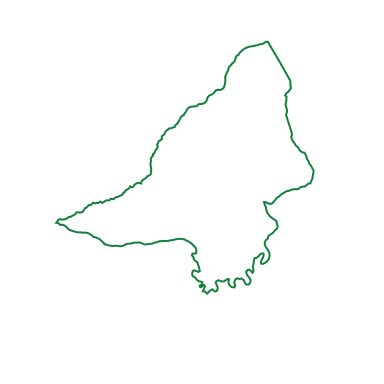 Alto Taquari, Mato Grosso, Brazil, rotated 245°
{"feature_id": "56859067B17966611990253", "entity_name": "Alto Taquari", "entity_type": "district", "adm_level": 2, "iso_a3": "BRA", "parent_name": "Brazil", "parent_adm1": "Mato Grosso", "projection": "robinson", "projection_center": [-53.322, -17.773], "detail": "fine", "context": "isolated", "style": "outline", "palette": "green", "viewbox_px": 384, "rotation_deg": 245, "n_neighbors": 0, "source": "geoboundaries", "source_scale": "gbopen_adm2", "svg_char_len": 5230}
<svg xmlns="http://www.w3.org/2000/svg" viewBox="0 0 384 384"><g transform="rotate(245 192 192)"><path d="M223.4,311.0L224.9,312.2L226.2,312.7L232.2,313.9L234.2,315.7L236.3,316.7L238.3,317.9L240.2,317.2L240.9,318.4L241.8,319.6L242.3,322.2L243.5,324.2L244.2,325.5L248.4,326.8L251.1,328.1L259.6,327.5L261.9,327.3L271.1,326.6L296.2,324.2L296.9,322.2L296.3,319.2L296.7,317.3L297.3,315.4L297.4,313.6L297.8,311.6L298.3,309.9L298.7,307.8L299.3,306.3L299.5,304.7L299.7,303.2L299.8,301.3L299.5,298.6L298.8,296.5L298.2,294.4L297.4,293.2L296.5,291.8L296.7,290.1L295.6,288.7L294.2,287.6L292.5,285.9L291.8,284.1L291.4,282.5L290.5,280.9L289.8,278.7L288.4,277.2L287.3,276.4L286.2,275.1L285.0,273.6L283.5,272.0L282.3,270.6L280.6,270.1L279.0,269.4L276.2,267.7L274.9,266.5L273.4,265.3L272.5,263.4L272.5,260.9L273.7,258.7L274.1,256.6L272.9,254.6L272.4,253.1L272.0,251.1L272.2,248.7L271.4,246.6L270.4,245.4L269.1,244.3L268.2,243.3L267.4,241.0L267.5,238.4L268.2,236.8L268.8,234.9L267.9,232.9L268.2,231.2L268.8,229.6L269.8,226.9L269.8,224.3L268.8,222.2L267.6,221.0L266.7,219.4L266.0,217.8L265.0,216.9L265.3,215.1L264.6,213.6L263.3,212.2L262.2,210.5L261.3,209.3L260.1,207.6L259.5,205.0L258.2,203.8L258.5,201.9L258.7,199.7L259.3,197.7L258.5,196.1L258.4,194.4L257.2,192.6L255.9,191.2L255.4,188.7L254.4,187.6L252.6,187.1L252.3,184.9L251.9,183.1L250.7,181.7L249.1,180.1L247.5,180.2L246.5,179.0L245.9,177.7L244.8,176.1L243.1,174.2L242.9,172.6L241.4,172.1L240.8,170.3L239.4,168.5L237.6,168.1L235.9,166.8L234.5,166.0L232.6,165.4L229.8,164.7L227.9,163.5L226.6,162.8L225.4,161.8L225.0,160.0L225.2,158.2L224.2,156.4L223.9,153.9L223.5,151.9L222.7,150.5L221.2,149.5L222.3,148.0L223.2,146.5L223.3,144.9L222.7,142.6L221.4,140.7L222.0,139.1L223.2,138.3L222.2,137.2L221.8,135.6L221.6,133.8L221.5,132.4L220.4,131.3L220.5,129.6L219.2,128.3L219.0,126.3L219.0,124.4L218.9,122.9L219.3,121.4L219.2,119.4L218.7,118.0L219.3,116.6L220.3,115.5L219.3,113.5L220.2,111.8L220.7,110.2L220.3,108.5L219.9,106.1L222.1,104.8L221.7,102.3L222.4,101.1L222.6,99.4L224.0,97.9L223.6,96.4L222.8,94.6L223.8,93.0L223.3,91.6L222.4,90.1L222.6,88.3L221.4,86.5L220.2,84.5L220.6,81.5L221.9,80.1L222.3,78.6L221.4,77.3L221.0,75.7L221.1,73.7L220.8,71.5L221.4,69.5L220.9,67.6L220.8,66.1L221.5,63.6L222.2,62.3L223.3,60.7L223.0,58.6L222.0,57.2L221.5,55.9L220.1,57.8L217.9,58.6L217.2,60.7L215.7,62.1L214.0,63.1L212.1,63.7L209.5,64.9L207.1,67.3L205.2,69.5L203.7,71.4L202.6,73.8L201.4,75.6L200.6,77.4L199.5,79.4L198.0,81.0L194.4,83.3L193.1,83.5L191.7,85.3L189.9,87.1L188.6,88.1L185.4,89.5L183.4,90.4L181.5,90.5L180.5,92.3L178.7,94.1L177.4,96.0L176.6,97.2L175.4,100.5L173.5,103.5L172.8,105.0L172.4,107.6L172.6,110.8L172.2,112.2L171.0,114.7L170.7,117.7L169.7,120.2L169.0,121.7L168.4,123.2L166.8,124.9L164.6,126.6L163.0,130.9L162.0,134.4L162.0,136.4L161.4,138.6L161.2,141.5L160.3,143.7L159.5,146.0L158.6,147.7L157.8,149.9L157.5,151.3L157.0,152.7L156.5,154.8L155.9,157.8L155.3,159.9L153.9,162.7L152.8,164.2L151.8,165.7L150.4,166.2L148.9,167.7L145.2,170.0L142.8,170.7L140.7,171.6L138.7,171.7L136.8,171.0L134.8,169.8L135.0,168.2L136.0,166.5L134.6,165.1L132.5,165.8L131.0,165.4L129.1,165.4L126.1,167.2L123.5,166.7L121.2,166.6L119.2,166.1L117.0,165.6L117.0,163.8L120.0,161.0L120.0,159.3L118.7,158.1L116.3,157.0L115.0,157.4L113.5,158.6L111.1,159.2L108.6,160.1L107.4,161.7L106.0,163.1L104.1,162.1L103.7,159.2L102.2,159.3L102.0,160.9L102.8,163.6L101.2,163.9L99.1,161.9L97.6,159.9L96.0,161.7L94.9,162.3L93.4,162.9L94.5,165.2L95.1,167.2L95.1,169.4L92.2,170.6L91.8,172.4L93.4,174.4L94.8,174.9L96.2,175.1L98.1,175.1L99.7,175.1L100.7,176.0L100.9,178.6L99.5,180.1L98.4,181.1L97.5,182.8L98.1,187.4L97.3,188.6L95.0,186.9L91.8,186.5L90.3,187.1L88.9,188.0L87.6,190.2L89.3,191.8L91.1,191.8L93.0,192.7L94.5,194.6L94.7,196.5L93.0,198.4L92.8,200.1L90.5,201.6L86.6,201.6L85.1,202.1L84.2,204.4L85.3,206.6L87.4,207.9L89.5,207.9L92.5,207.0L94.3,206.9L96.8,207.4L97.8,209.3L97.3,211.2L95.4,212.1L93.2,212.7L93.9,214.0L96.6,215.1L98.6,215.5L101.1,217.7L102.8,218.6L104.7,219.8L105.6,221.0L105.1,222.6L105.6,225.2L106.7,227.0L106.9,228.7L106.5,230.3L105.3,230.7L103.8,229.7L102.8,228.8L100.8,226.1L99.4,224.8L97.9,224.4L96.9,225.8L96.9,227.8L97.1,230.0L98.4,232.7L100.9,235.0L103.3,236.1L104.9,236.4L106.5,236.4L107.8,236.3L111.0,235.7L112.6,235.7L114.5,236.0L116.0,237.0L117.0,238.5L117.6,240.8L119.1,242.0L120.0,243.1L120.4,246.1L120.7,247.8L121.3,249.3L122.1,250.8L122.5,252.8L123.6,254.4L124.9,255.2L127.4,255.5L129.9,256.3L134.1,253.8L136.9,252.4L140.4,251.6L142.8,251.6L144.5,251.8L146.3,252.4L148.2,252.5L150.8,252.7L152.5,253.1L151.7,254.5L150.3,255.5L149.1,256.6L147.9,258.5L147.9,260.6L149.2,263.2L149.9,264.8L150.9,266.1L151.0,268.7L151.7,270.6L152.3,272.6L152.4,275.1L152.8,278.0L152.1,280.3L152.1,282.7L151.6,285.0L151.2,286.4L150.3,287.8L149.7,289.4L150.1,290.9L150.5,292.9L149.9,295.1L149.2,297.3L150.0,299.1L150.4,301.5L149.7,302.9L151.4,304.4L153.0,306.5L159.2,310.9L160.5,311.3L162.7,311.1L165.0,311.0L166.8,310.6L168.6,310.3L170.8,310.6L172.2,310.3L173.7,310.3L175.5,310.6L177.2,310.8L180.0,310.6L181.4,308.6L184.3,307.2L186.5,307.1L188.4,306.7L190.7,305.6L192.7,305.5L196.0,304.8L197.5,305.0L199.9,305.1L201.3,306.7L202.6,307.2L207.3,307.9L221.9,309.8L223.4,311.0Z" fill="none" stroke="#15803d" stroke-width="2"/></g></svg>